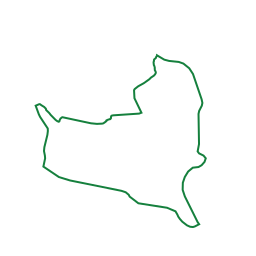 an SVG outline of Mulanje, rotated 286°
{"feature_id": "MWI-1923", "entity_name": "Mulanje", "entity_type": "District", "adm_level": 1, "iso_a3": "MWI", "parent_name": "Malawi", "parent_adm1": "", "projection": "mercator", "projection_center": [35.569, -15.908], "detail": "fine", "context": "isolated", "style": "outline", "palette": "green", "viewbox_px": 256, "rotation_deg": 286, "n_neighbors": 0, "source": "natural_earth", "source_scale": "10m", "svg_char_len": 2129}
<svg xmlns="http://www.w3.org/2000/svg" viewBox="0 0 256 256"><g transform="rotate(286 128 128)"><path d="M205.8,136.0L203.7,144.0L203.8,149.0L205.5,158.6L205.2,163.5L202.3,170.4L197.8,175.6L175.8,190.9L172.6,192.6L169.8,192.8L164.1,191.7L161.0,191.9L132.1,200.7L124.7,201.4L123.2,203.3L122.3,208.2L120.3,211.1L116.5,210.9L112.5,209.0L109.9,206.5L107.7,201.2L102.7,197.8L96.5,196.1L90.5,195.8L83.6,197.6L77.9,201.5L56.8,220.8L55.1,222.9L51.7,219.3L50.7,217.7L50.2,214.9L50.7,211.5L52.9,206.0L54.9,202.9L56.7,200.7L58.4,199.3L61.0,196.6L62.1,187.5L58.5,158.7L62.5,148.5L64.0,147.1L65.6,143.5L65.8,139.0L61.6,86.7L61.8,75.1L67.6,57.3L76.0,56.7L78.6,55.7L82.7,53.6L86.5,52.9L99.2,52.4L103.0,51.8L105.4,51.0L114.4,40.5L116.6,38.5L124.0,33.1L126.2,35.8L126.5,36.3L126.6,36.9L126.0,38.5L125.1,41.7L124.8,42.2L124.6,42.5L124.2,43.3L123.9,43.6L123.7,43.9L123.5,44.0L123.0,44.2L122.7,44.4L121.1,47.4L120.7,48.1L120.3,48.7L120.1,49.0L119.8,49.3L119.2,50.2L115.8,56.2L115.1,58.1L114.9,59.6L115.2,60.0L115.5,60.2L115.9,60.1L117.0,60.2L117.5,60.3L118.5,60.5L119.0,60.9L119.6,61.3L119.9,61.5L120.1,61.7L120.3,62.0L122.3,91.0L123.4,97.0L125.1,102.0L125.6,102.9L126.1,103.4L126.6,103.7L127.2,104.3L127.5,104.4L127.7,104.6L128.0,104.8L128.3,105.1L128.5,105.2L128.7,105.3L128.9,105.1L129.2,105.1L129.4,105.2L130.1,106.1L130.5,106.5L130.7,106.9L130.8,107.1L131.3,107.7L131.5,108.3L131.8,108.6L132.1,108.7L132.4,108.7L132.8,108.9L133.0,108.9L133.8,108.6L134.2,108.6L134.5,108.6L135.1,108.7L135.5,109.1L136.1,110.3L144.9,134.7L146.4,136.7L158.4,126.0L166.0,123.4L167.3,123.7L170.9,126.3L175.4,130.8L180.8,135.1L182.8,136.2L185.4,138.4L186.0,138.7L187.0,139.2L188.3,139.5L188.7,139.5L189.1,139.4L189.5,139.2L189.9,138.9L190.3,138.6L190.6,138.2L190.9,137.9L191.3,137.7L192.2,137.5L192.5,137.3L192.7,137.2L193.3,137.1L193.6,137.0L195.0,136.1L195.4,135.8L195.6,135.5L196.0,135.3L196.7,135.1L197.7,134.6L198.3,134.5L198.7,134.4L199.4,134.5L199.7,134.5L200.1,134.3L200.6,134.2L201.2,134.3L202.7,135.3L203.1,135.5L203.5,135.5L204.2,135.5L204.6,135.6L205.1,136.0L205.3,136.1L205.5,136.1L205.8,136.0Z" fill="none" stroke="#15803d" stroke-width="2"/></g></svg>